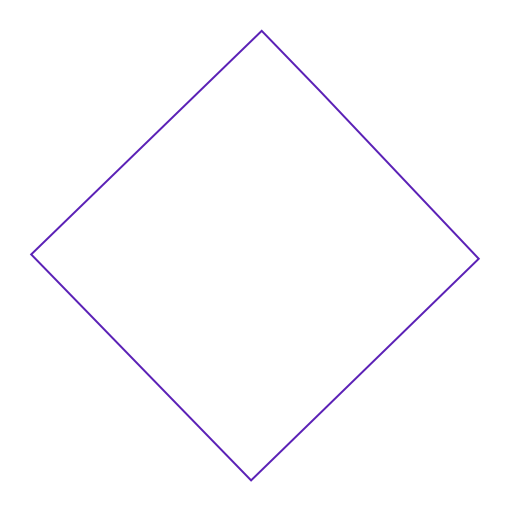 outline of Haskell, Texas, United States of America, rotated 226°
{"feature_id": "52423323B88573225501787", "entity_name": "Haskell", "entity_type": "district", "adm_level": 2, "iso_a3": "USA", "parent_name": "United States of America", "parent_adm1": "Texas", "projection": "mercator", "projection_center": [-99.668, 33.178], "detail": "fine", "context": "isolated", "style": "outline", "palette": "violet", "viewbox_px": 512, "rotation_deg": 226, "n_neighbors": 0, "source": "geoboundaries", "source_scale": "gbopen_adm2", "svg_char_len": 234}
<svg xmlns="http://www.w3.org/2000/svg" viewBox="0 0 512 512"><g transform="rotate(226 256 256)"><path d="M414.0,416.5L413.3,95.4L98.0,96.6L99.3,414.3L328.4,416.6L414.0,416.5Z" fill="none" stroke="#5b21b6" stroke-width="2"/></g></svg>